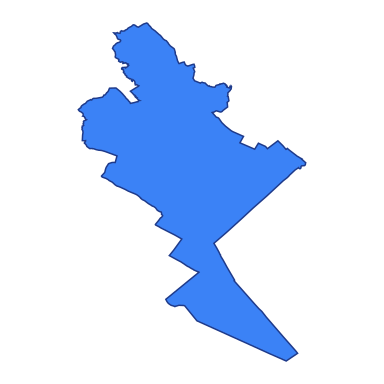 outline of Grebanu, Buzau, Romania
{"feature_id": "2599482B43231848905676", "entity_name": "Grebanu", "entity_type": "district", "adm_level": 2, "iso_a3": "ROU", "parent_name": "Romania", "parent_adm1": "Buzau", "projection": "natural_earth1", "projection_center": [26.952, 45.364], "detail": "fine", "context": "isolated", "style": "filled", "palette": "blue", "viewbox_px": 384, "rotation_deg": 0, "n_neighbors": 0, "source": "geoboundaries", "source_scale": "gbopen_adm2", "svg_char_len": 5771}
<svg xmlns="http://www.w3.org/2000/svg" viewBox="0 0 384 384"><path d="M297.6,353.3L295.8,351.0L283.1,336.6L266.1,316.9L261.9,311.5L258.8,308.6L254.8,304.2L234.1,280.8L234.6,280.2L226.9,267.0L223.2,260.2L221.1,256.8L220.6,256.0L220.5,254.9L220.1,254.6L219.0,252.2L216.6,247.8L213.9,243.3L226.3,232.6L241.2,219.1L253.5,207.7L266.7,196.1L283.3,180.7L287.3,177.6L289.1,175.8L289.3,175.4L295.2,169.9L298.5,167.7L298.6,168.1L299.7,168.7L300.1,168.7L300.5,168.5L300.8,168.1L301.0,167.5L301.0,166.5L301.5,165.9L304.6,165.6L305.1,165.1L305.4,164.4L305.6,162.9L305.7,162.7L301.9,159.4L302.2,159.1L301.7,158.7L301.6,158.8L301.0,158.5L300.6,158.2L298.0,156.6L297.6,156.5L289.3,150.1L287.3,148.4L286.3,149.3L286.0,149.4L282.9,145.7L277.9,140.8L267.4,148.7L266.2,147.2L265.4,146.4L258.4,143.2L254.7,149.2L239.9,142.8L243.5,136.4L232.9,131.7L231.3,130.8L225.5,126.2L221.8,122.6L218.9,118.4L217.9,117.6L216.3,117.2L212.2,112.5L214.2,112.0L215.6,111.1L216.4,110.8L220.2,112.0L221.0,112.0L222.2,111.4L222.3,111.2L223.2,110.3L227.6,107.0L227.3,103.2L227.1,102.4L228.6,101.2L228.9,100.7L228.2,96.5L227.5,96.2L227.7,95.7L227.9,94.4L227.8,92.9L230.2,90.4L230.6,89.5L231.1,89.1L231.5,86.5L231.0,85.8L230.8,86.3L230.5,86.5L229.9,86.4L229.9,87.1L229.7,87.7L229.3,88.0L228.5,87.7L227.1,87.2L227.2,86.8L226.7,86.7L226.8,86.4L226.7,86.3L226.7,85.9L226.9,85.9L226.8,85.6L226.2,85.4L226.3,85.2L225.9,85.0L225.8,84.9L226.0,84.8L225.3,84.2L225.0,83.8L223.3,83.2L222.2,83.7L220.0,84.0L220.1,84.3L216.1,85.4L215.7,85.9L215.1,87.0L214.6,87.2L212.3,87.0L210.9,86.5L210.3,86.6L209.3,86.2L209.2,85.9L208.9,86.1L208.3,86.0L206.4,84.4L205.3,83.1L202.8,82.6L202.1,82.2L200.7,82.8L200.5,83.1L200.1,83.0L194.6,80.8L193.0,78.2L193.9,75.0L194.1,72.8L194.7,71.9L194.7,71.5L193.2,68.1L194.8,67.4L194.6,65.9L194.0,64.2L192.8,64.4L187.8,66.1L185.8,65.2L185.2,64.4L184.2,62.0L182.3,62.4L180.1,63.2L179.7,63.5L178.9,63.5L177.4,60.4L177.2,59.2L177.0,58.8L176.4,56.2L175.6,54.9L175.1,52.8L175.3,52.6L175.3,52.4L174.4,49.3L174.0,48.6L170.4,46.0L168.7,44.0L168.1,42.9L166.3,40.7L165.0,40.2L163.4,39.1L160.4,35.4L159.2,34.6L157.0,32.6L156.5,32.2L155.4,31.1L152.4,29.0L151.7,28.5L150.4,26.6L149.0,25.3L147.7,23.5L146.7,23.0L143.6,24.0L141.1,25.5L140.8,25.8L139.9,26.2L138.4,27.2L136.7,26.6L136.1,26.0L134.8,25.1L133.7,24.8L132.9,25.0L131.4,26.4L129.7,27.2L128.0,28.2L127.3,29.2L125.1,30.2L124.9,30.7L124.0,31.0L122.6,31.1L121.7,31.0L121.6,30.8L120.4,31.4L120.4,32.2L120.0,33.3L117.6,33.0L117.1,32.9L117.1,32.7L116.0,33.1L113.8,32.9L114.7,34.0L116.0,35.0L117.2,37.6L117.3,38.2L117.9,39.0L118.1,39.2L120.4,39.9L120.7,40.7L120.5,41.1L119.9,41.9L119.3,42.3L117.4,42.8L115.8,43.9L115.1,44.8L113.5,46.1L112.5,48.5L113.4,49.5L114.3,50.7L114.5,51.3L115.1,51.8L115.6,55.1L115.2,56.4L115.4,57.5L118.7,59.3L118.9,59.7L118.6,61.1L119.7,61.9L120.6,62.2L122.1,61.8L122.3,61.8L123.3,62.3L122.8,63.2L123.0,63.5L124.1,63.0L124.9,63.2L125.1,62.9L125.6,62.7L127.0,63.6L127.8,63.8L128.3,64.1L127.5,64.8L128.6,65.5L128.0,66.0L127.8,66.5L127.2,66.8L125.7,67.9L125.4,67.3L124.7,67.3L123.8,67.6L123.3,67.4L122.8,67.4L122.2,67.6L122.0,67.8L122.0,68.2L121.7,68.4L121.6,68.9L121.8,69.2L122.2,69.4L122.7,69.2L123.5,70.0L123.4,70.8L123.9,71.4L123.4,72.2L123.7,72.8L124.7,73.4L125.0,73.9L124.9,74.3L125.1,74.8L126.7,76.0L126.5,76.8L129.6,78.8L129.7,78.6L130.4,78.7L131.2,79.2L131.6,80.9L132.4,81.3L132.9,79.7L134.2,80.7L134.6,81.3L135.0,82.3L134.9,83.3L135.4,84.3L135.2,84.4L135.2,84.8L135.9,85.0L136.6,84.6L138.1,85.5L138.9,85.8L138.5,86.3L136.5,87.4L130.4,91.2L132.4,93.1L134.1,95.1L134.4,95.0L134.9,95.3L135.8,96.3L135.1,96.7L135.9,97.5L137.0,97.8L136.7,98.1L138.5,100.0L139.5,100.5L138.7,100.6L138.3,101.1L138.1,101.6L137.9,101.8L137.6,101.6L134.1,102.6L130.4,103.4L129.9,102.2L129.0,101.4L127.6,99.6L126.0,98.2L125.5,97.3L122.4,93.7L120.0,91.3L116.0,88.0L111.6,88.1L109.5,88.2L108.2,91.3L107.2,92.4L106.7,92.7L106.1,93.7L105.1,94.8L104.6,95.1L103.7,95.2L103.5,95.9L103.2,96.5L102.3,97.2L96.4,98.3L93.3,98.4L92.4,99.1L91.7,100.0L91.1,100.0L90.8,99.6L87.3,101.2L85.5,103.4L83.8,104.2L81.8,105.7L81.1,106.5L81.0,107.5L80.9,107.7L79.6,108.4L78.3,109.7L79.3,111.0L80.0,111.5L80.7,111.7L82.7,113.2L83.1,113.8L83.2,114.9L83.2,115.6L82.7,116.1L84.3,116.6L84.8,117.7L85.1,117.8L85.1,118.3L85.8,119.3L86.5,119.7L85.4,120.3L83.7,121.0L83.4,121.7L83.7,123.1L83.1,123.8L83.7,125.4L83.1,125.9L82.3,126.0L82.2,126.6L82.0,127.6L82.3,127.8L82.3,128.5L82.1,128.7L82.0,129.5L82.8,130.7L83.0,132.7L82.6,134.9L82.3,140.6L84.8,140.8L85.6,140.6L85.6,141.2L85.3,141.5L85.2,142.0L84.5,142.5L84.4,143.2L85.4,144.0L86.2,145.0L86.9,146.5L89.7,148.6L92.3,148.5L92.8,148.8L93.6,148.7L96.0,149.6L98.7,150.2L100.9,150.4L102.1,150.6L105.4,151.6L117.0,155.9L115.2,162.5L113.7,162.4L112.0,162.5L108.7,163.6L108.4,163.9L106.4,167.0L105.9,168.1L105.5,169.3L104.9,171.9L104.6,172.6L101.5,176.0L101.6,176.6L102.8,177.2L102.8,177.3L106.2,178.5L107.3,179.2L108.0,179.5L109.1,180.5L112.3,182.2L115.1,184.8L116.4,185.7L117.3,186.2L118.0,186.3L120.3,187.2L125.1,189.4L128.4,191.2L135.7,194.2L137.3,195.1L139.0,196.4L140.8,198.1L140.7,198.3L142.3,199.6L144.6,200.7L148.4,203.6L151.4,205.4L151.5,205.6L152.9,206.3L153.7,206.5L154.4,207.0L155.5,207.8L157.4,210.4L158.1,210.7L159.3,211.5L161.3,212.1L161.6,213.6L161.5,214.3L162.6,215.4L162.5,216.1L161.4,217.5L160.8,217.7L160.2,218.3L158.7,220.4L155.4,224.4L155.4,224.7L155.6,225.0L158.9,226.7L161.3,228.2L174.4,234.8L181.8,239.0L173.8,250.0L169.3,255.6L176.6,259.6L181.0,261.9L187.6,266.4L188.5,266.7L191.7,268.7L193.0,269.3L193.7,269.9L197.5,271.6L198.7,271.9L199.0,272.2L165.8,299.3L166.8,301.3L167.9,302.9L169.0,303.9L171.1,305.3L173.6,306.0L174.6,306.5L174.9,306.6L175.1,306.3L176.3,306.1L178.9,305.3L183.9,305.5L184.8,305.9L196.9,320.8L241.0,340.7L270.1,353.9L286.2,361.0L297.6,353.3Z" fill="#3b82f6" stroke="#1e3a8a" stroke-width="1.5"/></svg>